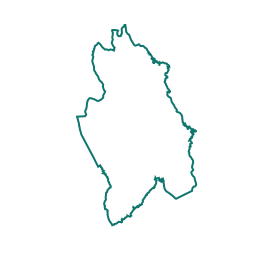 outline of Huazalingo, Hidalgo, Mexico, rotated 144°
{"feature_id": "50627088B24413335257695", "entity_name": "Huazalingo", "entity_type": "district", "adm_level": 2, "iso_a3": "MEX", "parent_name": "Mexico", "parent_adm1": "Hidalgo", "projection": "equal_earth", "projection_center": [-98.497, 20.994], "detail": "fine", "context": "isolated", "style": "outline", "palette": "teal", "viewbox_px": 256, "rotation_deg": 144, "n_neighbors": 0, "source": "geoboundaries", "source_scale": "gbopen_adm2", "svg_char_len": 5624}
<svg xmlns="http://www.w3.org/2000/svg" viewBox="0 0 256 256"><g transform="rotate(144 128 128)"><path d="M197.9,58.6L196.1,58.3L195.9,57.9L195.2,58.2L193.7,57.5L190.6,57.6L188.6,55.4L188.2,55.4L187.8,55.8L187.2,57.3L186.2,57.9L185.8,56.8L184.5,56.8L184.4,56.6L183.7,56.7L183.5,57.0L182.9,57.1L181.8,56.8L180.1,57.0L179.9,57.4L179.1,55.9L178.4,55.0L176.9,55.1L176.8,56.3L176.0,57.3L174.1,57.6L172.9,58.3L170.8,58.6L170.5,60.6L170.2,60.9L169.7,59.4L169.2,58.9L166.9,59.2L167.0,58.4L166.2,58.0L165.3,58.8L165.0,58.7L165.3,58.3L164.8,58.1L164.0,58.4L163.5,59.0L162.8,58.2L161.9,58.0L161.6,58.1L161.0,58.9L159.1,59.7L158.6,60.8L156.9,61.5L156.5,61.4L155.5,62.0L154.3,62.2L153.5,62.9L152.7,63.1L152.8,62.8L152.1,62.7L151.1,63.7L148.8,63.6L147.7,64.2L146.4,64.6L145.5,64.5L145.0,64.8L144.0,64.8L142.5,64.3L142.4,64.9L142.0,64.9L141.9,64.4L140.9,64.7L140.5,65.4L138.0,66.5L136.1,68.6L136.3,68.9L136.5,70.7L135.8,70.9L135.0,71.7L135.1,70.4L134.3,70.0L133.7,70.0L132.4,69.5L132.8,68.9L132.3,68.2L132.5,67.4L133.5,67.4L133.2,66.2L132.6,65.0L131.4,66.0L131.5,65.5L130.1,66.4L129.6,66.5L130.4,63.9L131.3,63.2L131.8,61.8L133.2,59.4L134.2,56.9L134.2,56.0L134.2,54.1L133.2,51.7L132.0,47.9L131.2,44.4L131.2,43.6L130.7,42.5L113.2,39.5L111.9,40.9L110.6,41.7L109.2,41.9L107.9,41.3L106.3,41.9L105.4,43.5L104.8,45.5L103.4,48.8L103.3,49.5L103.7,51.5L103.6,52.8L102.9,54.9L102.1,55.3L100.0,55.6L99.2,58.8L95.4,62.0L94.4,63.7L94.5,65.2L94.2,67.3L94.6,68.6L93.8,71.0L92.8,72.2L92.9,73.1L91.9,74.0L90.2,75.0L89.2,76.7L88.1,76.3L87.6,77.9L86.9,78.6L85.3,78.1L85.0,78.6L85.1,81.1L85.0,81.9L85.5,82.0L84.4,82.7L83.5,82.3L82.4,83.4L82.2,83.4L82.1,82.8L81.8,82.6L81.0,83.4L80.4,83.6L80.1,84.3L78.6,84.4L78.5,85.4L79.2,86.0L79.4,87.9L78.3,88.3L78.6,86.4L78.1,86.3L77.7,87.0L76.8,86.5L76.6,86.7L75.9,85.6L75.0,85.4L74.8,86.0L75.1,86.4L75.3,86.3L75.2,86.9L75.8,87.5L76.2,87.0L76.5,87.4L76.1,87.8L76.3,88.0L76.1,88.4L76.3,88.5L76.3,88.8L76.9,88.6L77.2,89.3L77.7,89.2L77.4,90.0L77.4,90.7L77.7,91.5L77.6,92.2L77.9,92.3L77.5,93.1L78.5,93.5L78.8,92.6L79.8,92.0L80.2,92.2L79.9,92.8L79.6,94.4L79.5,95.8L79.8,95.9L79.6,97.8L79.3,97.8L79.2,98.2L80.1,98.5L80.7,98.3L81.0,97.6L81.1,98.0L80.9,98.5L80.2,98.9L80.4,99.2L80.1,100.1L80.3,100.4L80.1,101.1L79.2,102.3L78.6,103.4L78.7,103.6L77.5,105.3L77.0,106.9L77.0,108.0L77.2,109.9L78.9,112.3L79.0,112.9L78.0,113.6L77.8,114.1L77.9,117.2L77.3,119.6L77.4,121.2L77.2,123.7L75.8,126.9L76.0,128.1L76.6,128.9L76.9,130.7L76.8,131.5L75.2,133.6L74.9,133.6L74.7,134.0L74.0,133.5L73.6,132.5L72.7,132.7L72.4,133.1L72.3,134.9L72.7,136.6L72.0,138.9L72.1,139.9L71.5,141.1L71.4,143.4L71.0,144.0L70.5,144.1L70.1,144.6L69.7,144.7L69.1,145.2L69.0,145.7L68.5,145.9L67.8,146.0L66.6,145.6L66.2,146.0L66.0,146.5L66.7,148.1L66.7,149.0L65.7,150.2L65.2,150.2L64.2,149.6L62.4,150.3L62.0,149.8L62.1,150.2L61.8,150.8L61.3,150.9L60.8,151.5L60.8,152.4L60.5,152.3L60.1,153.7L59.8,153.3L59.3,154.0L58.7,153.2L58.1,154.3L58.4,155.1L58.7,155.3L58.6,155.6L58.9,156.1L58.8,157.0L59.1,157.4L59.2,158.0L60.1,158.5L61.2,160.6L62.7,161.0L63.7,162.4L65.4,160.7L65.5,160.9L64.7,161.5L64.8,161.8L64.6,162.5L64.8,162.4L64.9,162.9L65.1,162.9L65.5,163.8L65.8,163.7L65.9,164.0L65.6,164.2L65.5,165.2L65.9,165.5L66.2,165.1L66.9,166.7L67.3,166.2L67.1,166.0L68.1,165.8L68.0,165.5L68.2,165.4L68.6,165.4L69.3,164.6L68.3,166.3L67.9,166.4L68.0,167.0L68.4,167.0L68.0,167.4L67.4,167.7L67.7,166.9L66.9,167.0L66.4,166.6L65.9,168.4L66.5,169.5L67.4,168.6L67.5,168.2L67.8,168.5L67.7,169.0L67.0,169.9L67.1,170.4L67.9,169.5L68.2,169.7L68.1,170.4L67.2,170.5L66.6,171.9L66.7,172.4L66.4,174.8L66.8,175.5L67.3,174.7L68.1,175.3L67.6,175.2L67.1,175.5L66.9,176.4L66.6,176.6L66.7,177.4L67.1,177.3L66.8,178.0L66.7,179.8L66.4,180.3L66.5,182.1L67.1,182.9L67.1,184.2L67.6,185.6L69.7,187.0L69.9,188.0L69.7,188.8L70.1,189.4L72.0,189.7L73.7,190.3L74.2,191.4L73.7,197.6L72.3,202.7L72.9,204.4L73.0,206.2L72.8,206.9L69.6,212.9L70.2,213.4L72.0,212.4L73.2,212.6L74.8,212.0L76.9,208.7L77.7,207.8L78.4,207.8L79.3,206.8L80.1,206.8L81.1,207.4L81.7,208.0L81.7,209.7L81.2,210.8L80.4,211.7L78.8,212.6L80.3,214.4L83.1,216.5L83.8,215.9L84.2,214.0L85.5,212.4L87.0,211.1L87.7,210.1L88.3,208.5L91.2,206.4L91.8,202.8L91.6,200.9L92.5,200.5L92.9,199.5L93.3,199.5L93.2,199.8L93.9,199.0L94.9,200.7L96.2,202.0L97.8,202.2L99.2,204.3L100.6,205.1L100.8,206.7L101.3,208.1L101.2,211.7L101.7,214.2L102.6,214.4L102.9,214.1L104.3,213.7L106.6,213.8L108.1,212.3L109.1,211.9L109.5,211.2L110.3,210.6L111.4,210.6L111.8,209.3L112.6,209.0L113.3,208.1L113.9,208.0L114.1,206.3L115.3,205.0L116.3,204.4L117.4,203.3L118.1,201.9L119.5,197.5L121.5,194.6L121.6,191.8L122.0,190.8L121.9,187.4L122.8,184.7L122.9,182.6L122.4,180.5L122.6,177.6L123.9,176.4L124.7,174.3L125.2,172.3L125.2,171.7L124.9,171.2L126.3,170.1L128.6,169.2L130.2,167.2L133.0,166.8L135.4,167.1L136.9,167.9L137.9,170.3L140.4,173.8L141.3,174.5L142.1,174.7L143.6,174.3L145.4,173.2L146.8,171.9L149.1,169.3L150.7,167.9L152.7,166.9L153.4,165.6L154.0,163.3L155.9,162.8L162.5,167.1L165.4,159.7L166.3,158.6L166.4,157.7L167.6,155.4L169.6,150.0L173.0,126.0L174.9,114.2L172.4,114.1L172.7,112.4L172.9,112.1L172.7,111.9L172.6,110.3L173.3,109.9L173.1,108.3L172.8,107.6L173.9,107.5L173.4,105.5L173.8,105.2L174.3,105.4L173.5,104.2L173.8,104.1L173.5,103.0L173.9,102.7L173.5,100.2L174.0,100.0L174.0,98.5L174.7,97.6L175.4,96.3L175.2,95.1L175.7,94.2L175.9,93.4L176.1,91.1L177.0,90.1L178.1,90.5L178.7,90.2L181.2,89.8L182.5,88.5L183.7,88.5L187.0,84.8L188.0,83.0L190.0,82.3L192.1,80.5L192.4,78.6L192.8,78.1L193.2,78.0L194.2,75.8L193.4,75.1L193.0,73.7L193.0,73.1L193.4,72.5L193.9,72.4L194.7,70.7L195.5,70.0L197.3,65.3L197.6,63.7L197.6,59.7L197.9,58.6Z" fill="none" stroke="#0f766e" stroke-width="2"/></g></svg>